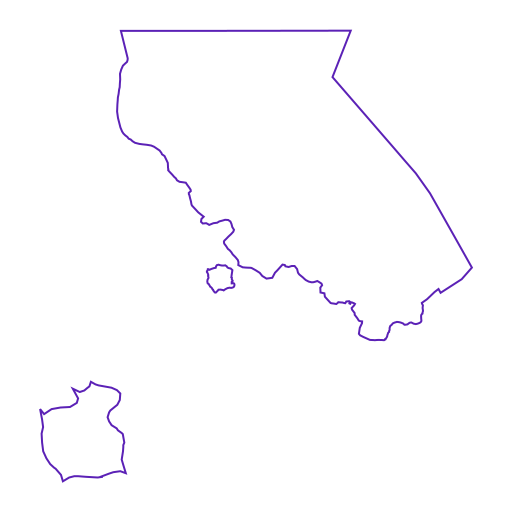 the district of Kota Sibolga, Sumatera Utara, Indonesia
{"feature_id": "22746128B47009036461165", "entity_name": "Kota Sibolga", "entity_type": "district", "adm_level": 2, "iso_a3": "IDN", "parent_name": "Indonesia", "parent_adm1": "Sumatera Utara", "projection": "mercator", "projection_center": [98.783, 1.731], "detail": "fine", "context": "isolated", "style": "outline", "palette": "violet", "viewbox_px": 512, "rotation_deg": 0, "n_neighbors": 0, "source": "geoboundaries", "source_scale": "gbopen_adm2", "svg_char_len": 4696}
<svg xmlns="http://www.w3.org/2000/svg" viewBox="0 0 512 512"><path d="M363.2,336.9L369.9,339.9L373.9,340.1L374.8,340.2L376.8,340.0L378.9,339.9L380.5,340.0L381.8,340.0L384.0,340.2L384.5,340.0L385.0,339.2L385.5,339.3L387.1,336.6L387.4,335.1L388.0,333.4L388.2,332.7L389.1,331.9L389.1,331.0L389.6,330.0L389.6,329.4L389.6,328.0L389.9,327.0L390.0,326.7L390.4,325.8L391.5,325.0L392.8,323.4L394.5,322.6L394.8,322.5L395.6,322.3L396.9,321.9L397.9,322.0L398.7,322.1L400.2,322.4L401.7,322.9L403.3,323.6L404.0,324.4L404.8,324.8L407.4,324.4L409.1,323.1L410.1,322.6L411.4,322.5L413.7,323.7L415.3,324.0L415.8,324.1L417.6,323.7L419.6,322.9L420.5,322.3L421.2,321.5L421.4,320.7L421.2,318.6L421.1,316.2L421.2,315.1L421.8,314.1L422.5,313.6L422.4,313.1L423.0,311.0L422.8,309.3L422.6,308.0L422.7,307.1L422.9,305.3L422.0,303.7L421.8,302.9L426.8,299.4L427.6,298.7L428.1,298.2L434.6,292.0L438.5,289.0L440.6,292.8L461.7,279.2L471.9,267.6L455.6,238.6L430.0,193.3L415.8,173.3L405.0,160.9L391.3,145.0L332.5,77.1L350.7,30.7L329.0,30.7L255.8,30.8L168.9,30.9L149.1,30.9L133.0,30.9L120.9,30.9L127.7,58.3L127.6,59.9L127.0,61.9L125.1,63.6L122.9,65.7L121.2,69.6L120.0,73.8L120.2,79.5L119.9,83.2L119.7,87.2L119.1,89.7L118.6,93.9L117.9,97.4L117.7,100.6L117.4,104.3L117.1,111.6L118.0,118.0L120.4,127.4L122.1,131.5L123.4,133.5L125.2,135.3L127.4,137.0L128.7,138.7L130.7,139.5L132.5,141.2L135.0,142.8L139.3,143.9L142.3,144.3L146.9,144.8L151.1,145.5L154.0,146.7L159.6,150.5L161.4,152.9L162.0,154.3L164.5,156.0L166.3,159.7L167.8,162.9L168.0,166.6L168.0,167.9L168.4,169.3L168.1,170.0L168.7,170.9L170.3,172.6L172.3,174.7L174.1,176.8L175.9,178.4L177.0,180.3L179.5,181.8L182.5,182.2L185.8,182.7L187.2,184.8L189.3,187.7L190.6,189.7L190.8,191.1L188.8,192.9L188.9,194.3L189.4,195.2L190.0,197.9L191.0,201.6L191.4,204.1L191.9,205.5L198.3,212.4L201.7,215.1L203.7,216.7L201.4,219.0L201.0,221.8L202.8,223.5L206.2,223.2L207.6,223.9L209.2,224.9L213.4,223.2L217.2,222.7L219.3,221.4L222.4,220.6L225.1,219.8L228.2,220.0L230.4,221.5L231.5,224.0L232.3,227.1L234.0,229.8L233.3,231.7L231.1,234.1L228.4,236.6L226.2,238.9L224.3,240.7L223.9,241.8L224.2,243.6L226.1,246.1L227.9,248.9L229.7,250.3L231.4,252.3L232.7,254.4L235.4,257.1L237.8,260.0L238.5,262.2L238.3,265.1L239.9,265.9L242.7,267.3L246.1,267.6L250.9,267.8L251.8,268.1L255.6,270.2L259.7,272.8L262.3,276.0L266.5,278.6L272.3,277.8L275.0,272.7L276.9,270.8L278.1,269.5L278.9,268.6L282.5,264.6L284.8,265.0L285.4,266.3L288.6,267.0L291.7,266.0L294.6,266.0L297.1,269.1L298.0,272.7L299.2,274.4L303.1,277.6L304.0,278.5L305.7,280.0L308.7,281.6L311.6,282.3L313.5,282.2L315.6,281.6L317.3,281.0L319.2,282.1L321.5,283.6L322.1,285.2L320.3,287.6L320.5,292.5L324.4,293.3L324.9,296.7L327.5,299.6L330.6,303.0L332.1,303.4L332.7,303.4L336.3,304.0L337.6,303.0L338.3,302.2L340.3,302.4L342.3,302.5L344.5,303.1L345.3,303.2L346.3,301.5L349.2,301.2L349.8,301.7L349.4,303.4L350.2,303.8L351.1,302.3L351.9,302.4L353.0,302.9L354.1,303.3L355.0,303.9L354.2,305.3L351.6,308.1L352.0,309.6L354.6,313.0L354.7,314.8L357.3,318.2L358.8,320.6L360.2,321.2L362.1,321.4L362.0,323.2L359.8,327.8L358.9,333.8L360.1,335.3L363.2,336.9ZM116.9,390.1L111.5,387.7L98.6,385.4L95.5,384.4L90.9,381.8L89.4,386.4L87.4,387.9L84.3,390.5L79.7,392.0L72.8,388.7L78.1,398.4L76.8,402.9L70.0,407.0L60.6,407.5L51.6,409.1L44.1,414.1L40.1,409.1L42.1,419.6L43.1,427.1L41.6,433.6L42.1,442.6L43.2,451.3L46.4,458.3L50.2,464.1L54.1,467.7L55.6,468.7L59.6,473.3L61.0,474.9L62.9,481.3L69.2,477.5L74.3,476.2L78.1,476.2L85.7,476.8L97.7,477.5L102.8,476.8L101.4,476.5L109.1,473.6L113.3,472.2L120.3,471.2L125.8,473.2L123.6,466.0L121.7,459.6L123.0,451.3L123.3,447.1L123.3,445.1L124.3,442.6L122.8,434.1L121.8,433.1L117.9,430.3L116.7,428.4L111.6,425.2L109.1,421.4L107.6,417.2L109.1,412.4L110.3,410.5L117.3,404.8L119.8,400.0L120.3,393.5L116.9,390.1ZM220.2,265.2L218.5,264.7L216.8,265.2L216.0,266.5L215.7,267.8L213.9,268.1L211.2,269.0L210.2,269.5L209.3,269.8L208.9,269.4L208.5,269.2L207.8,269.2L207.7,269.9L207.4,270.8L206.9,271.2L206.9,272.0L207.5,272.9L208.1,274.3L208.3,275.3L208.0,275.9L208.3,276.6L208.5,277.9L207.5,279.8L207.3,281.7L207.7,283.4L208.8,284.1L209.2,285.0L209.6,285.4L210.1,286.6L210.9,287.1L211.9,288.1L212.4,289.2L213.1,289.7L213.2,290.4L214.1,291.5L214.7,292.4L215.8,292.6L217.9,290.5L218.5,289.7L220.5,289.6L223.2,290.1L223.7,290.4L225.2,289.3L227.5,288.1L228.6,287.9L229.3,287.7L231.3,287.9L232.5,287.6L233.6,287.1L234.2,286.2L234.5,284.9L234.2,283.7L233.6,283.2L232.7,283.2L232.2,283.4L231.7,283.4L231.7,281.9L232.7,280.9L232.6,280.5L231.9,279.6L231.8,278.7L231.9,277.8L231.3,277.3L231.5,276.5L231.6,275.3L232.4,270.1L230.7,268.5L228.7,268.1L227.5,267.5L226.7,266.3L225.2,265.3L224.2,265.5L221.8,265.5L220.2,265.2Z" fill="none" stroke="#5b21b6" stroke-width="2"/></svg>